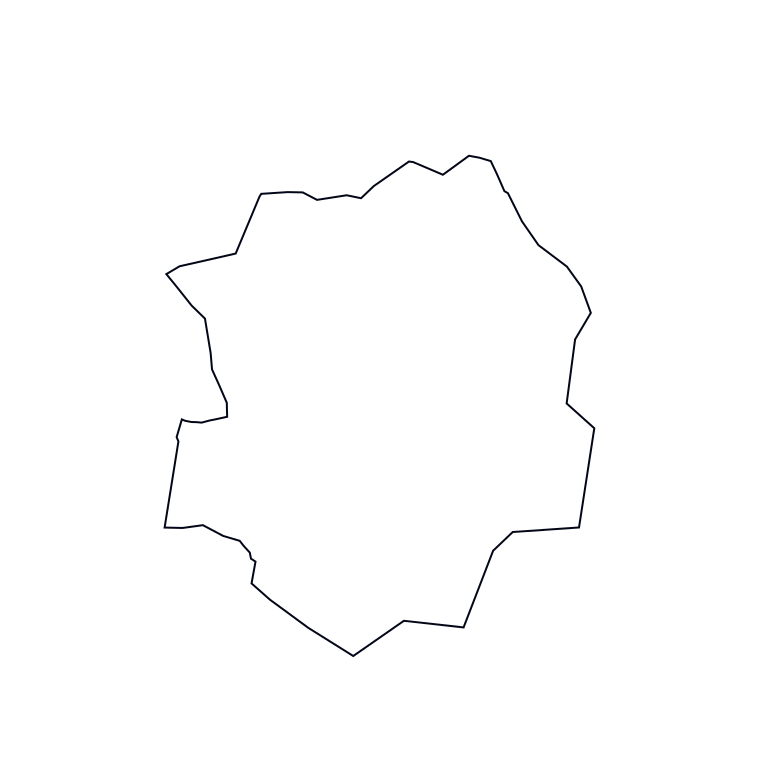 Boluwaduro, Osun, Nigeria (Mercator projection), rotated 304°
{"feature_id": "59680162B7029176012538", "entity_name": "Boluwaduro", "entity_type": "district", "adm_level": 2, "iso_a3": "NGA", "parent_name": "Nigeria", "parent_adm1": "Osun", "projection": "mercator", "projection_center": [4.814, 7.924], "detail": "fine", "context": "isolated", "style": "outline", "palette": "ink", "viewbox_px": 768, "rotation_deg": 304, "n_neighbors": 0, "source": "geoboundaries", "source_scale": "gbopen_adm2", "svg_char_len": 946}
<svg xmlns="http://www.w3.org/2000/svg" viewBox="0 0 768 768"><g transform="rotate(304 384 384)"><path d="M464.9,583.1L470.0,546.3L527.8,517.5L558.6,515.7L575.1,493.0L583.6,470.0L585.5,434.4L596.0,407.4L611.5,380.0L611.2,376.0L621.2,360.2L628.5,347.9L624.9,336.4L620.7,326.8L590.4,315.8L584.3,284.1L582.4,280.3L542.5,264.9L525.2,261.1L519.6,247.5L499.2,225.5L497.4,209.5L489.2,196.8L473.0,175.9L469.7,176.0L409.2,188.1L367.3,148.7L353.4,142.1L348.6,158.0L341.4,180.8L338.1,199.0L312.8,222.9L299.9,233.3L290.6,248.4L280.5,264.2L277.8,266.1L269.1,272.3L260.2,263.8L256.3,259.9L250.0,254.4L247.6,250.0L244.8,245.6L242.3,239.7L241.6,236.2L224.0,241.8L221.4,245.7L142.3,282.4L152.0,297.5L165.7,312.8L168.1,335.6L173.3,352.1L171.2,358.6L169.2,367.0L164.8,371.4L164.9,376.8L144.6,385.7L141.4,410.2L139.5,457.6L141.3,510.6L198.8,532.9L226.7,586.1L306.8,567.7L333.3,573.5L374.1,625.9L464.9,583.1Z" fill="none" stroke="#020617" stroke-width="2"/></g></svg>